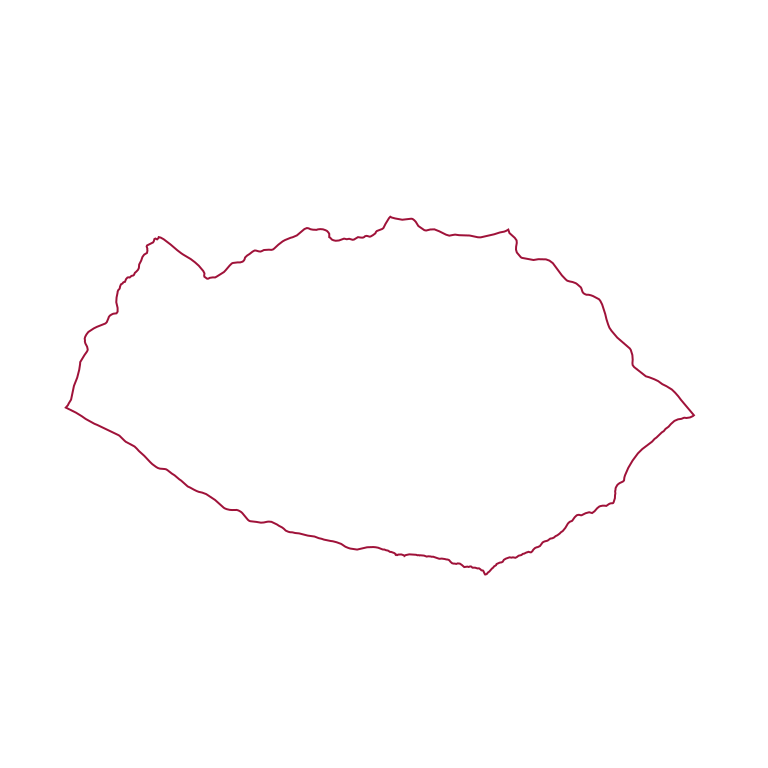 Maubara, Liquica, East Timor, rotated 214°
{"feature_id": "22284137B70669575760565", "entity_name": "Maubara", "entity_type": "district", "adm_level": 2, "iso_a3": "TLS", "parent_name": "East Timor", "parent_adm1": "Liquica", "projection": "orthographic", "projection_center": [125.161, -8.678], "detail": "fine", "context": "isolated", "style": "outline", "palette": "rose", "viewbox_px": 768, "rotation_deg": 214, "n_neighbors": 0, "source": "geoboundaries", "source_scale": "gbopen_adm2", "svg_char_len": 6142}
<svg xmlns="http://www.w3.org/2000/svg" viewBox="0 0 768 768"><g transform="rotate(214 384 384)"><path d="M367.3,581.5L368.3,579.4L369.5,577.6L372.7,574.4L376.4,569.7L385.8,559.7L388.1,558.2L396.0,555.0L404.9,549.4L408.6,547.6L410.2,546.1L412.8,543.5L416.0,542.5L423.6,541.5L428.7,540.4L432.0,538.0L434.9,534.8L436.6,534.1L443.9,534.2L448.3,536.2L450.4,536.7L452.6,536.8L453.8,536.3L460.7,530.4L467.3,527.5L470.8,526.3L472.3,526.2L472.6,524.3L472.3,517.7L471.7,512.9L472.2,511.5L475.5,506.8L475.7,505.4L475.4,504.1L476.4,501.2L477.6,498.8L478.3,498.1L480.5,497.4L481.5,496.9L482.4,495.8L482.6,494.7L483.4,493.5L484.8,492.6L487.7,491.2L489.7,486.9L490.7,486.0L494.1,484.9L495.8,483.2L498.4,482.2L501.6,477.8L504.2,475.7L506.3,474.9L507.9,474.6L510.5,475.2L511.5,475.1L513.3,477.8L514.7,478.5L516.8,479.0L518.5,478.8L521.1,478.1L523.4,476.8L525.3,475.2L526.1,474.1L529.2,472.2L531.5,471.2L533.5,470.9L535.1,470.2L536.6,468.0L539.3,458.5L541.8,454.6L543.2,453.0L546.6,447.9L547.8,445.5L549.5,440.4L550.8,434.8L551.3,433.4L552.4,432.2L554.5,431.0L558.5,427.9L559.6,425.9L560.4,424.8L561.8,424.0L564.8,423.0L566.0,422.2L567.0,420.2L568.2,416.5L569.3,414.0L569.9,411.2L569.3,409.3L569.2,408.1L569.6,406.4L571.3,404.3L573.2,403.1L577.0,399.8L577.6,398.8L578.2,395.9L578.9,389.7L579.3,387.3L582.9,379.2L583.6,377.9L585.6,376.6L587.8,374.6L588.5,373.2L589.5,372.4L592.9,372.5L593.7,373.3L594.7,375.3L597.0,376.6L603.7,378.5L608.8,379.2L614.1,379.5L622.9,379.0L625.2,379.0L630.2,379.3L638.9,380.3L647.6,380.8L651.0,380.5L652.9,379.8L652.6,378.7L653.0,377.0L654.8,376.8L655.4,375.8L654.7,373.7L654.6,372.3L657.9,366.4L657.7,365.3L655.8,363.8L655.4,363.0L654.7,362.3L653.8,360.1L655.2,357.1L655.3,354.2L654.3,350.5L653.8,346.2L652.1,343.1L651.8,341.2L652.2,338.6L652.7,336.9L652.3,334.6L652.6,333.7L653.8,332.4L654.4,330.1L655.7,329.4L656.2,328.8L656.5,326.8L655.9,323.8L656.6,323.1L657.0,322.3L657.0,321.1L657.8,319.5L657.3,317.1L656.7,315.9L656.5,314.7L656.8,313.2L656.5,311.7L655.9,310.6L654.1,306.2L651.7,302.1L647.4,298.1L645.3,295.0L645.3,293.0L647.7,290.9L648.7,289.3L649.5,287.4L649.6,285.6L649.2,284.3L648.4,280.2L648.8,278.4L654.0,270.8L655.7,267.8L658.2,261.8L658.4,258.6L658.1,256.0L657.5,254.2L656.4,253.1L655.7,251.9L654.2,250.6L651.0,248.9L649.0,247.0L648.6,246.2L648.4,244.8L648.5,240.4L648.1,232.3L647.0,230.4L644.6,225.3L641.9,217.7L640.0,209.1L634.7,196.1L634.5,191.6L634.2,189.7L634.6,186.5L623.4,188.0L616.5,188.3L611.8,188.2L601.8,189.1L598.9,189.7L575.8,193.1L574.4,193.2L567.4,191.9L565.7,191.7L555.9,192.7L552.9,192.2L549.7,191.4L542.6,190.4L534.2,188.5L531.3,188.0L526.8,187.8L524.6,187.9L522.5,188.5L518.2,190.9L517.0,191.4L515.6,191.5L509.6,191.1L506.6,191.2L500.3,190.5L498.2,190.5L489.4,189.3L487.0,189.7L482.5,190.1L479.5,190.5L477.3,191.0L474.0,192.3L469.8,193.3L459.2,193.4L447.6,191.8L446.1,191.9L444.4,192.3L441.5,193.4L439.4,194.6L435.7,197.2L434.2,197.7L432.7,197.9L430.9,198.0L429.4,197.8L420.9,195.3L419.1,195.2L418.1,195.5L412.7,198.3L408.5,200.2L406.2,202.0L403.9,204.4L402.6,205.5L400.2,206.8L394.2,207.7L391.8,207.7L388.4,208.1L386.2,208.0L383.5,207.5L380.7,208.0L379.0,208.6L377.0,209.8L374.3,210.8L370.8,212.7L362.4,215.7L356.3,218.7L351.9,219.7L349.1,220.8L346.8,221.4L340.5,224.0L338.5,225.0L334.8,226.3L330.0,227.5L325.0,227.5L322.0,228.1L320.0,228.7L313.7,231.7L306.7,239.2L301.6,242.9L299.6,244.0L297.3,245.0L292.5,246.1L291.1,247.0L289.4,247.3L287.6,248.1L285.0,248.2L284.1,248.8L280.9,249.6L279.5,249.5L279.0,249.0L278.6,248.9L278.2,249.4L277.5,249.4L277.1,249.8L276.9,250.5L274.3,252.4L271.3,253.2L270.9,252.9L270.4,254.2L267.8,256.9L262.5,260.0L261.8,260.4L260.5,260.7L259.9,261.3L258.6,261.8L258.5,262.1L254.9,264.1L252.1,264.8L251.0,265.9L248.9,267.1L247.9,267.4L246.7,268.3L240.8,269.9L240.0,270.3L238.6,271.5L235.7,272.9L234.2,273.4L233.0,274.1L231.5,274.4L229.5,273.8L227.4,273.5L226.1,273.9L225.2,274.5L223.4,275.3L222.6,276.5L220.7,277.5L218.3,277.5L215.1,277.1L212.8,279.2L211.4,279.7L210.9,280.6L210.0,281.3L209.6,281.4L207.9,281.2L205.7,282.7L203.3,283.4L202.2,284.3L200.5,284.3L199.0,284.0L198.2,284.5L197.5,284.7L196.8,284.4L194.4,282.9L193.7,282.6L193.1,283.0L192.9,283.6L192.4,284.4L192.5,285.6L191.8,287.4L191.3,291.4L190.8,292.9L190.8,294.2L189.8,296.4L190.0,297.7L188.2,300.6L186.8,301.9L186.2,303.0L186.3,305.3L185.3,307.4L183.0,310.5L181.1,311.4L180.2,312.4L177.9,313.4L177.1,314.8L176.4,316.9L174.4,319.1L174.0,320.7L172.9,321.8L171.7,324.0L171.0,324.7L170.5,325.6L168.5,326.3L167.9,326.8L167.5,328.4L167.6,330.0L167.1,332.4L166.2,333.9L165.3,334.8L164.1,336.9L163.9,341.4L163.0,343.1L160.8,345.6L159.7,348.8L158.3,350.1L157.3,351.6L156.7,353.8L155.7,355.5L154.7,358.3L154.4,360.1L153.6,362.0L153.2,366.1L153.5,371.2L153.0,373.5L151.5,375.8L151.4,380.2L150.8,382.9L150.1,383.8L149.2,384.6L147.3,385.3L146.8,385.7L144.6,389.6L142.2,392.4L139.3,393.4L138.3,396.2L137.8,400.2L137.0,402.8L136.3,403.8L134.7,405.4L133.2,406.4L131.5,407.3L130.4,410.2L129.7,411.4L129.0,412.1L127.9,412.9L127.5,413.4L127.5,414.3L128.7,418.4L130.4,421.2L130.9,422.5L132.5,424.5L132.8,425.5L133.7,427.1L133.9,427.9L134.1,430.7L133.9,431.7L133.3,433.5L131.4,436.7L131.1,437.9L131.1,438.3L132.4,440.8L133.1,443.0L134.6,451.1L135.1,459.6L134.7,468.5L133.5,474.5L129.5,486.2L129.0,489.8L128.2,491.9L126.6,499.3L125.7,501.4L125.5,504.2L124.2,507.7L123.8,511.1L122.6,515.8L120.5,519.1L117.9,521.5L116.6,523.5L116.0,524.1L114.3,524.9L111.6,527.4L110.0,530.1L109.6,531.4L128.9,536.9L133.2,538.4L137.8,539.6L142.3,540.4L148.8,540.1L153.2,539.5L158.4,539.7L162.5,539.1L167.8,537.9L171.2,536.8L186.1,537.9L188.4,538.7L189.7,540.2L191.4,543.2L194.3,546.9L198.4,550.2L200.0,550.9L216.6,552.9L225.1,555.3L228.6,556.7L231.5,558.7L235.8,562.1L239.7,565.7L247.6,571.9L251.0,573.8L253.1,574.5L259.8,573.8L261.9,573.3L264.1,572.5L266.1,571.2L267.5,570.9L269.3,570.8L271.0,571.4L273.8,573.6L274.9,574.2L279.8,574.8L281.4,574.8L284.7,574.0L287.3,572.9L289.8,572.1L291.8,572.3L297.2,573.5L311.6,578.6L315.8,578.8L319.4,577.9L325.8,573.8L329.4,570.4L340.2,565.7L341.4,565.6L347.4,567.3L349.7,569.2L351.2,571.6L352.8,575.2L354.4,577.2L357.3,578.3L364.4,579.3L367.3,581.5Z" fill="none" stroke="#9f1239" stroke-width="2"/></g></svg>